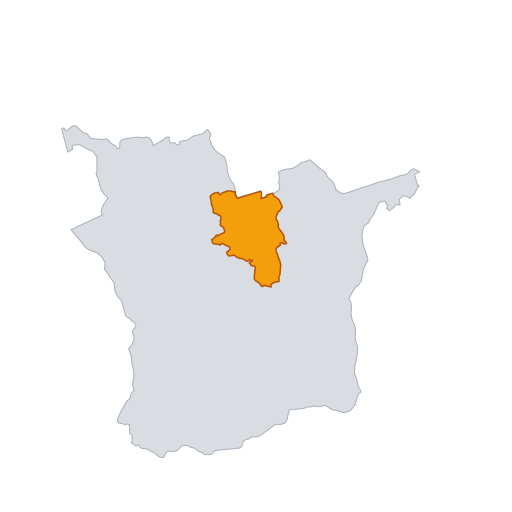 Democratic Republic of the Congo, with Kasaï-Occidental highlighted, rotated 163°
{"feature_id": "COD-1872", "entity_name": "Kasaï-Occidental", "entity_type": "Province", "adm_level": 1, "iso_a3": "COD", "parent_name": "Democratic Republic of the Congo", "parent_adm1": "", "projection": "orthographic", "projection_center": [21.465, -5.12], "detail": "fine", "context": "in_parent", "style": "filled", "palette": "amber", "viewbox_px": 512, "rotation_deg": 163, "n_neighbors": 0, "source": "natural_earth", "source_scale": "10m", "svg_char_len": 9385}
<svg xmlns="http://www.w3.org/2000/svg" viewBox="0 0 512 512"><g transform="rotate(163 256 256)"><path d="M425.3,335.2L390.5,340.3L391.2,342.3L390.8,344.4L389.9,346.0L386.3,350.3L380.9,354.3L380.9,355.3L383.4,359.8L385.0,365.9L384.3,376.7L385.0,379.6L384.8,381.9L383.0,384.4L379.2,397.3L381.4,403.6L388.0,409.5L391.9,413.9L398.6,415.5L399.6,415.3L400.2,411.7L405.5,410.4L404.8,433.4L404.4,434.7L403.4,434.9L402.1,434.2L401.8,432.0L400.4,431.0L393.8,433.8L392.2,433.7L390.4,433.2L389.1,432.0L388.8,430.2L384.4,423.5L382.1,423.0L379.7,416.9L369.5,412.4L365.6,412.0L363.6,410.6L361.6,405.9L358.2,402.8L357.5,399.4L356.8,398.9L354.7,399.6L352.8,404.9L350.5,406.2L346.2,406.3L335.6,404.6L328.1,401.8L326.1,402.0L323.1,399.5L321.9,395.3L322.6,392.1L322.0,391.7L310.4,394.3L307.6,395.9L304.9,395.5L304.1,394.6L305.3,392.4L304.8,390.0L303.9,388.9L300.5,388.0L299.4,385.4L297.3,385.1L296.6,385.4L296.1,387.2L294.8,387.7L287.9,386.9L280.6,389.1L270.9,388.5L266.3,391.2L265.6,391.1L264.6,389.7L263.7,385.4L264.2,384.2L265.7,383.3L266.2,381.5L265.7,377.0L266.1,375.9L265.6,373.3L264.2,369.1L262.1,365.8L257.7,360.6L256.9,358.2L257.2,352.5L258.7,343.5L258.5,336.7L256.7,332.4L256.3,327.6L257.5,319.2L256.4,317.1L234.1,316.4L233.2,315.8L232.7,314.6L233.8,309.6L220.2,310.9L216.1,311.9L213.6,313.9L212.8,316.5L212.7,320.2L210.7,323.7L210.2,329.6L206.4,330.3L202.7,330.3L195.4,329.1L188.4,330.8L185.0,332.4L183.2,331.7L176.9,332.3L176.0,331.9L168.7,320.2L165.5,316.3L164.8,314.4L165.1,312.6L164.2,310.2L160.8,304.2L160.1,301.4L160.2,296.9L159.8,295.5L156.8,291.7L154.8,290.5L152.5,289.8L116.3,290.7L104.3,290.1L95.6,290.7L91.2,290.5L90.0,289.9L86.0,290.8L84.0,292.4L80.9,293.3L78.9,292.9L75.1,288.7L80.2,287.8L80.6,287.4L80.8,276.9L79.4,275.4L82.1,273.6L86.4,268.9L90.7,267.3L91.3,266.3L92.2,266.3L93.8,268.3L97.5,270.7L102.1,268.5L102.6,267.8L103.1,263.3L104.3,262.9L106.2,263.9L107.4,263.9L109.3,262.6L115.2,260.2L117.0,263.1L115.4,265.7L116.1,267.5L116.3,270.4L117.3,271.0L121.9,271.3L123.3,270.6L132.4,260.2L134.8,259.0L138.7,254.9L143.9,253.0L146.1,249.7L149.0,243.9L150.3,235.6L149.8,221.3L150.2,219.4L156.4,212.9L162.8,201.1L167.1,198.0L170.4,196.7L175.4,192.4L179.4,188.1L178.9,182.9L179.8,178.6L182.0,173.1L182.7,167.4L182.0,161.3L182.3,156.3L185.3,148.4L185.6,139.3L188.2,131.7L193.6,122.0L196.1,114.8L195.7,107.7L196.4,102.5L196.1,99.5L195.1,96.8L195.7,95.1L197.7,94.4L200.2,91.8L204.7,84.8L209.6,81.4L213.0,80.3L216.5,80.4L218.8,81.0L222.5,83.8L226.8,85.9L229.9,88.6L233.1,92.8L240.7,93.7L243.9,95.3L245.9,95.8L246.6,95.4L248.2,95.7L251.7,96.9L254.6,96.2L268.6,99.0L270.2,97.6L274.1,90.4L277.0,87.9L281.8,87.7L285.6,89.1L287.6,89.1L304.7,82.9L306.9,82.6L313.2,84.2L317.2,83.2L318.9,83.5L322.4,82.4L325.2,78.1L327.6,77.1L352.2,81.9L356.0,79.7L357.8,79.4L363.3,81.2L364.9,83.8L368.2,86.2L370.6,90.0L374.3,92.1L376.2,94.2L378.3,95.6L382.8,96.1L388.4,92.8L392.4,93.2L396.5,95.1L397.8,95.0L400.8,93.1L402.4,90.9L404.0,90.5L406.3,91.5L408.3,93.5L410.0,96.4L416.2,103.0L422.2,105.9L423.7,109.9L425.8,109.5L426.9,109.9L428.5,112.5L429.5,113.0L429.7,114.0L428.3,116.4L426.9,120.9L428.8,123.8L427.3,127.8L426.6,132.0L428.5,133.1L431.0,133.1L433.2,135.3L435.0,135.7L436.9,138.0L436.5,140.0L430.7,146.7L421.9,155.1L419.0,156.0L417.5,157.6L416.4,160.0L413.8,162.1L411.9,162.9L411.7,169.0L408.7,175.3L407.6,176.6L406.0,186.8L406.3,188.6L404.6,197.0L404.9,204.8L400.6,207.3L397.7,211.1L396.4,213.8L396.4,220.1L391.5,224.0L391.2,224.9L392.4,229.4L394.1,230.2L394.2,231.7L398.1,236.6L397.7,251.5L397.9,253.0L399.9,256.5L401.2,263.3L399.6,271.9L404.7,287.7L402.3,293.4L403.3,299.0L406.4,304.8L413.8,310.6L415.7,313.0L417.5,316.2L419.2,321.1L425.3,335.2Z" fill="#d9dde1" stroke="#a8b0b8" stroke-width="1"/><path d="M232.5,316.6L232.4,314.8L232.5,313.9L234.2,309.5L228.8,309.5L228.6,309.6L228.3,310.0L228.2,310.3L228.1,310.9L228.1,311.2L221.9,311.2L221.6,309.3L221.4,308.6L221.3,308.2L221.0,307.7L218.9,305.1L217.8,303.3L217.4,302.5L216.6,295.8L216.6,295.6L216.8,294.9L217.1,294.7L217.4,294.4L217.6,294.1L218.1,293.9L218.3,293.8L218.6,293.5L218.9,293.3L219.2,293.1L219.5,292.7L219.9,292.6L220.1,292.5L220.3,292.1L220.5,292.1L220.8,292.2L221.1,291.8L221.3,291.8L221.7,291.8L221.8,291.8L222.2,291.5L222.5,291.3L222.6,291.1L222.9,290.9L223.1,290.2L223.4,289.7L223.5,289.5L223.6,289.4L224.1,289.3L224.5,289.1L224.6,288.9L224.8,288.1L225.2,287.8L225.4,287.6L225.5,287.3L225.7,286.8L225.7,286.2L225.9,285.9L225.9,285.7L225.9,285.3L225.9,284.7L225.7,284.4L225.6,284.1L225.4,283.7L225.3,279.8L225.4,279.5L225.6,279.0L225.8,278.4L226.1,278.2L226.1,275.9L226.1,275.7L225.9,275.0L225.8,274.8L225.7,274.5L225.6,274.2L225.3,273.9L225.2,273.6L225.2,273.4L225.2,273.1L225.3,272.9L225.2,272.7L224.7,272.0L224.6,271.8L224.5,271.6L224.3,270.2L224.1,269.8L224.0,269.3L223.9,269.1L223.8,268.9L223.6,268.7L223.5,268.4L223.5,267.7L223.5,267.0L223.5,266.9L223.6,266.7L223.7,265.8L223.7,265.5L223.7,265.1L224.0,264.3L224.0,264.2L224.3,264.1L224.7,263.4L224.6,263.1L224.3,262.9L224.2,262.8L224.2,262.5L224.1,262.0L223.9,261.6L223.6,261.0L223.3,260.7L223.2,260.6L223.2,260.4L223.1,259.6L223.1,259.3L223.2,259.2L223.3,259.1L223.5,259.1L224.5,259.0L225.0,259.1L225.6,259.8L226.0,260.1L226.3,259.9L226.7,260.1L226.9,260.4L227.2,261.0L227.5,261.3L227.8,261.3L228.0,261.2L228.4,261.1L228.7,261.2L228.9,261.2L229.0,261.2L229.2,260.8L229.3,260.2L229.4,259.8L229.6,259.4L229.9,259.1L230.4,259.0L230.7,259.2L230.9,259.1L231.0,258.7L231.5,258.6L232.3,258.4L233.1,258.1L233.9,257.8L234.4,257.3L234.6,256.9L234.7,256.7L235.0,256.6L235.2,256.3L235.3,255.9L235.3,255.6L235.2,252.3L235.0,251.2L235.1,248.9L234.7,244.4L234.9,240.9L235.1,240.0L238.5,231.4L239.2,230.4L240.1,229.4L240.3,229.1L240.6,228.7L240.7,228.4L240.7,228.1L240.7,227.3L240.7,226.9L240.8,226.6L240.9,226.3L241.6,224.9L245.0,225.3L246.4,225.3L247.0,225.3L247.6,225.1L249.4,224.7L249.9,224.5L250.2,224.3L250.4,222.3L250.5,222.1L251.4,222.4L251.9,222.5L252.1,222.6L252.4,222.9L252.8,223.3L253.0,223.4L253.7,223.6L253.8,223.6L254.1,223.9L254.5,224.2L255.3,224.6L255.6,224.7L255.8,224.7L256.3,225.2L257.1,225.5L257.3,225.5L258.4,225.0L258.7,224.9L259.7,225.8L260.0,226.3L260.2,227.5L260.3,228.0L260.5,228.5L260.6,228.8L260.8,229.0L261.2,229.4L263.6,232.6L263.9,233.1L264.1,233.7L264.3,234.4L264.3,234.7L264.3,235.0L262.7,239.3L261.8,240.9L261.7,241.2L261.6,241.9L261.5,242.2L261.4,242.5L261.3,242.8L261.1,243.1L260.4,243.8L260.2,243.9L260.1,244.3L260.1,245.7L260.2,246.3L260.3,246.7L260.4,246.9L260.7,247.1L261.1,247.3L262.4,247.6L262.7,247.7L262.9,247.9L263.1,248.1L263.4,248.6L264.3,251.0L264.4,251.4L264.3,251.7L264.2,251.9L263.9,252.0L263.5,252.1L262.7,252.0L262.0,252.1L261.8,252.1L261.5,252.3L261.3,252.4L261.1,252.6L261.0,252.8L260.9,253.1L261.3,253.1L262.2,253.3L262.3,253.4L262.4,253.7L262.6,253.9L262.9,254.1L263.1,254.3L263.4,254.3L263.9,254.3L264.3,254.3L264.6,253.9L266.0,253.6L266.4,253.7L267.7,255.2L268.2,255.9L268.6,256.4L270.0,257.5L270.4,257.7L271.4,258.1L272.5,258.7L273.5,259.4L275.3,261.3L276.5,262.9L276.8,263.1L277.0,263.2L277.3,263.3L277.8,263.4L278.7,263.4L280.1,263.7L281.3,263.8L281.6,263.9L281.9,264.0L282.3,264.4L282.5,264.7L282.6,265.0L283.0,267.0L283.0,267.4L283.0,267.9L282.9,268.1L282.7,268.3L282.5,268.5L282.3,268.6L279.7,269.3L279.4,269.5L279.2,269.6L278.9,270.3L278.7,270.7L278.7,271.2L278.8,272.0L278.9,272.4L279.0,272.7L279.2,272.9L280.7,274.1L282.6,275.8L283.8,277.4L284.1,277.6L284.4,277.8L284.6,277.8L285.1,277.8L285.3,277.7L287.1,277.1L287.3,277.1L287.6,277.1L287.7,277.3L287.9,277.5L288.0,277.8L288.2,278.1L288.5,278.2L290.2,278.8L291.9,279.7L292.7,280.0L293.0,280.2L293.4,280.5L293.5,280.8L293.6,281.1L293.6,284.4L293.5,284.6L293.4,284.8L293.2,284.8L292.5,284.8L292.3,284.8L292.1,284.9L291.3,285.3L290.8,285.5L289.5,286.0L289.3,286.1L289.1,286.3L288.8,286.8L288.6,287.0L288.4,287.2L288.1,287.3L287.6,287.5L287.4,287.5L287.1,287.5L286.9,287.3L286.8,287.1L286.9,286.6L286.9,286.4L286.6,286.3L285.4,286.9L284.9,287.1L282.3,287.4L280.3,287.5L279.9,287.6L279.5,287.7L279.4,287.8L279.2,288.0L279.0,288.4L278.7,289.1L278.7,289.3L278.7,291.7L278.9,292.7L279.1,293.2L279.4,293.7L279.6,294.0L279.9,294.4L280.9,295.2L281.2,295.6L281.2,295.9L281.2,296.1L281.0,296.4L280.8,296.7L280.4,297.4L280.3,297.7L280.0,299.3L279.9,299.8L279.5,300.7L278.2,303.0L278.1,303.3L278.1,303.6L278.2,304.1L278.2,304.5L278.4,304.8L278.5,305.0L278.8,305.1L279.5,305.6L279.9,305.9L280.2,306.4L280.8,307.4L280.9,307.6L281.1,307.8L281.3,308.0L281.9,308.3L282.6,308.6L282.8,308.7L283.3,309.1L283.8,309.7L283.9,309.9L284.1,310.2L284.1,310.4L284.1,310.7L283.3,312.8L283.2,313.1L283.2,313.4L283.2,313.8L283.3,314.3L283.4,314.9L283.3,315.9L283.4,316.5L283.5,317.4L283.5,317.9L283.5,318.4L283.0,320.9L282.4,326.4L281.1,327.2L278.4,328.2L277.5,328.3L277.1,328.4L276.7,328.3L276.1,328.1L275.7,328.0L274.7,328.0L274.4,328.0L274.1,327.9L273.9,327.8L273.7,327.7L273.4,327.6L273.4,327.4L273.2,327.1L272.9,325.8L272.9,325.6L272.7,325.3L272.5,325.1L272.2,324.9L271.9,324.9L271.6,325.1L270.7,325.9L270.3,326.0L269.7,326.2L265.2,326.5L263.9,326.4L262.0,325.9L261.0,325.5L260.8,325.3L260.1,324.7L259.8,324.5L257.2,323.5L257.3,323.2L257.3,322.9L257.4,322.7L257.7,322.5L257.7,322.3L257.7,321.6L257.7,321.4L257.6,321.2L257.6,320.9L257.7,320.7L257.8,320.3L257.9,320.1L257.6,319.8L257.6,319.7L257.7,319.4L257.7,319.1L257.4,318.8L257.3,318.6L257.5,318.3L257.5,318.2L257.3,317.9L256.9,317.0L256.8,316.8L256.5,316.7L256.4,316.6L232.5,316.6Z" fill="#f59e0b" stroke="#b45309" stroke-width="1.5"/></g></svg>